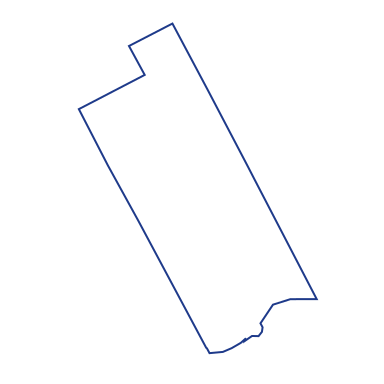 Gasconade, Missouri, United States of America (Mercator projection), rotated 152°
{"feature_id": "52423323B71639417282094", "entity_name": "Gasconade", "entity_type": "district", "adm_level": 2, "iso_a3": "USA", "parent_name": "United States of America", "parent_adm1": "Missouri", "projection": "mercator", "projection_center": [-91.491, 38.433], "detail": "fine", "context": "isolated", "style": "outline", "palette": "blue", "viewbox_px": 384, "rotation_deg": 152, "n_neighbors": 0, "source": "geoboundaries", "source_scale": "gbopen_adm2", "svg_char_len": 474}
<svg xmlns="http://www.w3.org/2000/svg" viewBox="0 0 384 384"><g transform="rotate(152 192 192)"><path d="M253.0,318.3L253.8,254.9L252.9,191.4L252.6,47.8L252.2,47.0L252.2,41.5L239.8,36.3L230.3,35.5L219.6,35.9L213.1,37.5L215.2,35.7L206.6,36.7L200.9,33.5L195.9,35.7L193.2,39.4L193.2,43.9L173.4,54.5L155.5,51.2L132.2,38.9L130.9,174.0L130.7,189.6L130.2,273.9L130.2,349.9L136.5,350.0L179.1,350.5L178.8,317.6L253.0,318.3Z" fill="none" stroke="#1e3a8a" stroke-width="2"/></g></svg>